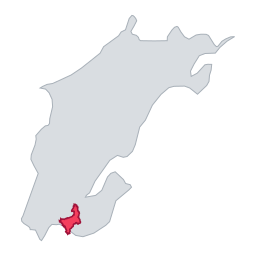 Carrillo, Guanacaste, Costa Rica shown in context, rotated 270°
{"feature_id": "36466004B81157491697278", "entity_name": "Carrillo", "entity_type": "district", "adm_level": 2, "iso_a3": "CRI", "parent_name": "Costa Rica", "parent_adm1": "Guanacaste", "projection": "mercator", "projection_center": [-85.608, 10.481], "detail": "fine", "context": "in_parent", "style": "filled", "palette": "rose", "viewbox_px": 256, "rotation_deg": 270, "n_neighbors": 0, "source": "geoboundaries", "source_scale": "gbopen_adm2", "svg_char_len": 5343}
<svg xmlns="http://www.w3.org/2000/svg" viewBox="0 0 256 256"><g transform="rotate(270 128 128)"><path d="M240.6,131.9L240.3,133.2L239.1,134.5L237.4,135.8L235.2,136.7L229.9,134.0L224.6,130.9L221.8,132.3L220.7,136.3L218.7,138.4L216.3,139.2L215.3,140.6L215.1,154.3L215.3,167.2L219.2,167.4L225.9,171.9L228.7,174.5L229.6,177.0L228.8,178.2L223.9,181.0L219.2,184.5L216.8,189.0L221.0,196.1L221.8,201.0L221.7,206.1L220.6,208.5L211.4,214.3L209.4,216.4L209.7,217.9L214.7,221.9L217.1,225.8L219.1,230.5L219.4,234.6L214.8,227.0L208.5,219.8L202.9,215.3L202.5,205.0L200.3,199.3L192.0,194.1L184.9,190.5L179.6,191.2L182.8,197.2L191.2,204.9L191.7,207.8L191.6,211.7L185.9,211.1L180.8,209.5L174.6,209.0L170.5,206.7L161.8,197.5L168.0,189.7L169.9,184.6L169.7,174.0L168.3,168.8L161.6,161.0L150.9,152.4L135.9,145.4L128.9,139.7L111.4,135.3L104.7,132.5L99.5,127.1L98.7,123.3L100.6,117.4L95.7,109.8L74.8,95.0L63.2,89.6L60.7,86.4L58.8,85.4L60.6,95.6L65.7,101.8L79.0,107.5L82.7,110.9L84.2,115.2L76.4,123.5L72.5,125.6L71.3,130.2L68.8,131.5L66.1,128.9L55.3,115.9L34.4,109.6L30.7,105.8L22.9,93.9L19.3,83.0L20.6,75.7L29.2,64.4L31.8,59.4L31.3,56.4L31.6,51.9L28.4,48.8L20.4,44.7L15.4,41.5L16.7,39.8L25.9,35.5L26.4,31.5L26.4,30.2L27.9,29.9L29.2,28.9L30.0,27.8L32.5,23.9L34.7,21.8L37.2,21.4L40.2,23.0L51.7,27.1L64.5,31.7L82.6,38.2L90.2,34.0L96.7,30.9L101.2,31.3L110.9,35.0L116.8,36.2L120.4,35.8L126.7,41.3L130.1,45.3L130.6,48.1L132.5,49.5L137.4,49.8L149.3,52.6L156.6,52.1L163.2,49.1L166.9,45.6L168.0,40.1L169.7,42.9L171.6,47.1L172.5,52.6L181.0,71.1L187.9,81.4L202.8,100.1L209.3,103.6L220.2,118.6L224.0,121.1L226.2,125.5L237.5,129.2L240.6,131.9Z" fill="#d9dde1" stroke="#a8b0b8" stroke-width="1"/><path d="M50.0,76.2L50.1,75.9L50.1,76.0L50.7,76.2L50.9,76.4L51.0,76.3L51.0,76.2L50.9,76.1L51.0,75.9L51.1,75.7L51.3,75.6L51.2,75.5L51.2,75.3L51.3,75.3L51.5,75.1L51.7,74.9L51.7,74.7L51.6,74.8L51.3,74.8L51.2,74.7L51.4,74.4L51.1,74.3L51.1,74.1L50.9,74.0L50.5,74.0L50.4,73.9L50.4,74.0L50.2,74.1L49.8,74.2L49.6,74.1L49.4,74.0L49.3,73.7L49.0,73.5L48.7,73.5L48.5,73.4L47.9,73.3L47.7,73.2L47.5,72.9L47.3,72.8L47.1,72.7L46.9,72.5L46.7,72.5L46.4,72.3L46.2,72.1L45.9,71.8L45.7,71.7L44.8,71.7L44.7,71.7L44.6,71.8L44.7,72.1L44.8,72.2L44.8,72.4L44.8,72.7L44.6,73.1L44.5,73.3L44.6,73.5L44.9,73.6L44.9,73.8L44.8,74.0L44.6,74.2L44.4,74.2L43.9,74.2L43.7,74.1L43.2,74.1L42.8,74.1L42.4,74.1L42.0,74.0L41.7,74.0L41.3,74.1L41.1,74.1L41.0,73.9L41.0,73.7L41.1,73.4L40.5,73.0L40.4,72.9L40.3,72.7L40.0,72.7L39.9,72.6L39.5,72.3L39.4,72.1L39.4,71.8L39.3,71.6L39.2,71.4L39.0,71.1L38.9,70.9L38.9,70.4L38.6,69.9L38.4,69.4L38.1,68.9L38.1,68.6L38.1,68.4L38.0,68.2L38.2,67.9L38.2,67.7L38.1,67.3L37.8,67.1L37.3,66.8L37.3,66.7L37.7,66.2L37.4,65.7L37.2,65.4L37.2,65.2L36.9,64.7L36.7,64.5L36.6,64.4L36.7,64.2L36.8,64.0L36.8,63.9L36.8,63.6L36.9,63.4L37.0,63.0L37.0,62.8L36.8,62.7L36.8,62.4L36.8,62.1L36.7,61.7L37.4,60.8L35.5,60.7L35.4,60.6L35.2,60.3L35.1,60.1L35.1,59.9L35.2,59.7L35.4,59.4L34.9,59.4L34.8,59.5L34.5,59.7L34.4,59.7L34.2,59.7L34.3,60.0L34.3,60.3L34.2,60.2L34.0,60.5L33.7,60.7L33.6,60.8L33.4,60.9L33.3,61.3L33.1,61.6L32.9,61.5L32.6,61.8L32.7,62.0L32.8,62.2L32.5,62.5L32.4,62.5L32.0,62.6L31.9,62.3L31.5,62.4L31.2,62.4L30.9,62.4L30.7,62.5L30.8,62.8L30.8,63.0L30.9,63.4L30.6,63.7L30.5,63.8L30.4,63.8L30.2,63.7L30.1,63.8L29.7,63.6L29.3,63.7L29.3,63.8L29.3,64.0L29.5,64.0L29.9,64.3L29.9,64.5L29.8,64.9L29.4,65.1L29.2,65.2L28.9,65.1L28.7,64.8L28.3,65.0L28.2,65.1L28.1,65.4L27.9,65.4L27.9,65.5L27.5,65.5L27.4,65.6L27.1,65.6L26.9,65.7L26.9,65.9L26.7,65.9L26.5,66.2L26.4,66.2L26.2,66.4L25.7,66.6L25.4,66.6L25.1,66.3L24.8,65.8L24.6,65.8L24.4,65.9L24.2,65.7L23.9,66.0L23.7,66.2L23.8,66.4L23.8,66.5L23.6,66.7L23.5,66.9L23.4,67.0L23.2,67.0L23.3,67.2L23.1,67.4L22.9,67.4L22.7,67.3L22.3,67.5L22.2,67.6L21.9,67.6L21.7,67.7L21.8,67.8L22.1,67.9L22.3,68.1L22.5,68.2L22.6,68.3L22.5,68.6L22.4,68.7L22.3,68.8L22.3,69.0L22.5,69.1L22.9,69.1L22.9,69.4L22.7,69.7L22.7,69.8L22.8,69.8L23.1,69.7L23.3,69.6L23.7,69.6L23.8,69.6L24.0,69.7L24.3,69.8L24.5,70.0L25.3,70.1L25.9,69.9L26.0,69.8L26.1,69.7L26.4,69.8L26.6,69.8L27.1,70.1L27.3,70.4L27.4,70.8L27.6,71.1L27.8,71.3L28.2,71.5L28.3,71.7L29.0,72.2L29.2,72.3L29.2,72.7L29.6,73.1L29.8,73.2L30.0,73.3L31.3,73.3L31.5,73.4L31.7,73.6L31.8,73.7L31.9,74.1L32.2,74.2L32.2,74.3L32.2,75.0L32.3,75.1L32.3,75.3L32.6,75.5L32.9,75.5L33.1,75.6L33.3,75.8L33.4,76.2L33.4,76.7L33.2,76.9L32.8,77.0L32.6,77.0L32.2,77.3L31.9,77.9L31.9,78.1L32.0,78.2L32.1,78.3L32.3,78.3L32.5,78.4L32.7,78.6L32.7,78.9L32.6,79.1L32.7,79.6L32.7,79.8L32.8,79.9L33.1,80.1L33.2,80.3L33.3,80.4L33.5,80.4L34.0,80.5L34.4,80.4L34.5,80.3L34.8,80.0L35.1,80.0L35.4,80.0L35.6,79.9L36.1,79.9L36.3,79.9L36.6,79.7L36.8,79.6L37.0,79.5L37.1,79.3L37.2,79.2L37.4,79.0L37.8,79.0L38.1,78.8L38.3,78.8L38.6,78.7L38.7,78.4L38.7,78.2L38.8,78.1L39.0,78.2L39.0,78.4L39.3,78.3L39.5,78.5L39.9,78.4L40.0,78.5L40.2,78.8L40.5,78.8L40.8,78.9L41.5,78.9L42.2,79.2L42.4,79.3L42.7,79.4L42.9,79.3L43.1,79.3L43.2,79.2L43.4,79.2L43.5,79.0L43.9,78.7L44.0,78.8L44.1,78.6L44.3,78.4L44.7,78.3L44.8,78.4L45.0,78.2L45.2,77.9L45.3,77.7L45.5,77.7L45.7,77.8L45.8,77.7L46.1,77.7L47.4,77.7L47.5,77.7L48.0,77.7L48.4,77.7L48.6,77.8L48.8,77.9L49.0,77.8L49.0,77.7L49.3,77.5L49.2,77.4L49.3,77.4L49.5,77.3L49.4,77.2L49.6,77.1L49.5,76.9L49.6,76.7L49.8,76.6L49.6,76.5L49.6,76.4L49.8,76.4L50.0,76.4L49.9,76.3L50.0,76.0L50.0,76.2Z" fill="#f43f5e" stroke="#9f1239" stroke-width="1.5"/></g></svg>